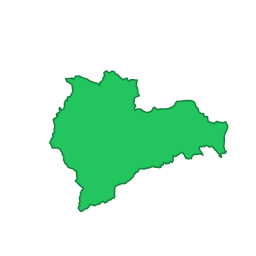 Muong La, Son La, Vietnam, rotated 147°
{"feature_id": "81297802B85331365285334", "entity_name": "Muong La", "entity_type": "district", "adm_level": 2, "iso_a3": "VNM", "parent_name": "Vietnam", "parent_adm1": "Son La", "projection": "natural_earth1", "projection_center": [104.061, 21.526], "detail": "fine", "context": "isolated", "style": "filled", "palette": "green", "viewbox_px": 256, "rotation_deg": 147, "n_neighbors": 0, "source": "geoboundaries", "source_scale": "gbopen_adm2", "svg_char_len": 5778}
<svg xmlns="http://www.w3.org/2000/svg" viewBox="0 0 256 256"><g transform="rotate(147 128 128)"><path d="M201.5,158.3L201.3,158.2L201.2,157.8L201.7,156.0L201.7,154.9L202.3,153.6L202.2,152.7L201.6,151.7L200.3,151.5L199.9,151.3L199.3,150.6L198.0,149.7L197.7,148.9L197.1,148.2L196.6,146.8L196.6,146.1L196.9,145.2L196.8,144.5L196.8,142.3L197.6,141.6L197.5,141.0L197.1,140.1L197.1,139.8L197.7,138.7L199.6,136.1L199.5,134.3L200.1,133.5L200.1,133.3L199.7,131.7L199.4,129.8L199.7,128.3L198.5,126.0L196.5,124.0L196.0,122.1L195.6,121.5L195.5,120.4L194.8,119.5L194.8,119.2L195.9,118.1L196.4,117.1L196.4,116.4L197.0,116.0L197.5,115.1L197.9,113.8L198.3,113.2L199.2,112.7L201.0,112.3L200.3,109.8L200.4,108.8L199.7,107.0L199.6,106.0L199.0,103.7L198.0,102.7L198.0,102.3L198.7,101.4L201.2,100.8L202.8,99.4L203.3,99.4L204.3,97.5L205.8,96.7L207.1,95.4L208.1,92.7L208.5,92.3L209.1,92.2L209.7,91.8L210.0,91.4L210.5,89.3L211.6,89.3L212.0,89.1L213.3,87.9L213.4,87.2L213.1,84.1L212.6,83.6L211.5,83.2L210.7,83.2L208.7,83.5L207.2,83.2L206.7,82.8L206.1,82.7L204.0,83.2L202.6,84.0L202.1,84.1L201.3,83.9L200.7,83.9L198.8,81.5L198.1,80.9L197.3,81.1L196.2,80.7L195.5,80.7L193.4,79.7L191.4,80.1L190.6,80.4L190.1,80.3L188.9,79.8L188.6,79.4L188.5,79.2L188.7,78.7L188.7,78.3L188.2,77.8L185.6,77.4L184.5,77.9L183.8,78.0L182.6,77.7L181.6,77.1L180.7,77.5L180.1,77.5L178.8,77.4L178.1,77.0L177.1,77.2L176.2,77.9L175.6,79.7L175.0,80.7L173.8,81.8L173.8,82.5L173.5,83.0L173.1,83.3L172.3,84.2L171.9,84.6L171.3,85.5L170.4,85.8L169.9,85.9L166.4,85.5L165.8,84.9L165.3,85.5L164.9,85.4L161.9,83.8L161.2,83.2L159.8,83.0L157.7,83.5L156.3,83.2L153.5,83.6L150.4,84.3L149.5,84.6L148.0,85.9L147.5,86.1L146.5,85.9L145.5,86.6L144.4,86.2L143.8,85.8L141.0,87.5L139.5,87.3L138.5,86.1L137.5,85.2L136.6,84.7L135.2,84.4L131.6,83.0L130.7,82.9L129.7,82.6L129.1,82.6L128.3,82.3L127.3,81.4L127.1,80.9L125.7,79.6L124.3,79.0L123.6,77.8L122.1,77.2L121.8,77.2L121.6,77.6L121.9,78.1L121.8,78.3L121.0,77.9L120.4,78.5L119.6,78.5L118.5,77.9L117.9,78.8L116.9,79.0L116.4,79.4L116.0,79.2L115.8,78.4L115.8,77.4L115.7,77.2L115.1,77.1L114.2,76.5L113.6,76.6L112.8,76.0L112.0,76.5L110.4,76.7L110.3,76.1L110.1,75.9L110.0,75.6L109.5,75.2L107.8,76.4L105.7,79.5L104.9,80.2L104.4,78.8L102.9,78.1L101.6,78.1L100.5,78.4L99.4,78.2L97.8,78.3L95.7,78.1L95.4,75.3L95.8,72.7L95.9,70.8L93.7,69.0L92.2,68.3L91.6,67.9L89.6,69.6L86.7,69.9L85.3,68.6L84.6,68.3L82.1,67.5L80.8,66.2L80.0,64.7L79.8,65.3L79.7,70.8L79.5,72.3L79.2,72.6L77.6,73.0L77.2,72.8L76.5,72.1L75.0,71.9L74.1,70.7L73.6,70.6L72.5,70.9L71.8,70.9L71.4,70.4L70.4,68.8L70.4,68.0L70.3,67.7L69.6,67.5L68.6,67.5L68.1,67.2L67.3,65.9L67.0,63.5L67.0,62.5L66.9,62.0L66.4,61.2L66.2,58.3L65.9,57.8L65.9,56.0L66.6,55.1L66.6,54.4L66.1,53.1L65.8,52.8L65.6,52.7L65.2,53.2L64.8,54.8L64.4,55.4L63.9,55.8L63.4,55.8L60.5,54.0L59.9,54.0L59.2,54.2L58.4,55.0L59.0,55.9L59.2,56.6L58.1,59.2L57.8,60.5L57.0,61.2L55.0,63.9L54.0,64.9L51.7,68.8L49.8,70.4L45.0,73.3L44.2,74.0L43.2,75.9L43.0,77.6L43.1,78.6L42.6,79.9L45.6,80.8L48.3,83.2L48.6,83.4L49.1,83.4L49.3,84.5L49.6,84.8L50.3,85.3L51.5,85.0L52.3,84.9L52.9,85.0L53.6,85.4L54.1,86.1L54.8,86.5L55.6,87.9L56.5,88.6L56.9,89.2L57.0,90.3L56.1,92.5L55.2,93.8L55.4,94.4L55.9,95.0L57.0,95.3L57.7,95.7L57.8,95.9L57.9,96.1L57.6,97.2L56.8,98.8L56.8,99.0L58.6,99.8L59.1,100.5L59.2,101.5L59.8,103.0L59.7,104.0L58.9,105.4L58.7,106.3L59.0,107.2L59.3,109.5L58.5,111.7L58.4,113.3L58.5,114.1L58.8,114.7L60.3,116.7L62.6,118.3L65.2,119.9L67.0,120.8L68.9,121.5L72.3,123.6L73.2,123.5L74.5,123.0L76.7,121.7L77.4,121.5L79.7,121.5L82.6,122.0L84.0,122.5L87.4,124.2L90.5,126.4L91.8,126.7L92.8,127.2L93.5,128.1L94.5,130.7L94.9,131.2L95.5,131.3L97.7,129.8L98.6,129.6L101.4,129.7L103.1,130.4L104.5,131.5L106.0,134.1L106.5,134.6L106.6,136.1L106.9,136.8L109.7,138.8L111.3,139.0L112.5,138.8L112.6,139.7L112.0,140.7L111.2,141.6L109.6,142.3L109.4,143.3L109.9,145.5L109.8,145.9L109.0,146.8L108.1,147.0L107.7,148.0L107.0,148.9L105.9,149.6L104.9,149.7L102.8,149.4L101.6,148.9L101.1,148.9L100.9,149.2L100.8,149.9L101.0,151.3L100.7,151.7L100.2,153.1L98.8,155.1L98.7,155.3L98.8,156.1L98.1,156.9L98.1,157.3L98.6,158.1L98.6,158.3L94.3,163.2L95.7,164.1L96.5,165.0L97.6,165.8L99.7,167.1L100.6,167.1L101.2,166.7L101.7,166.6L102.1,167.1L102.3,168.1L102.0,169.1L101.6,169.9L101.7,170.3L103.2,170.9L105.8,171.0L106.3,173.1L107.2,175.1L107.2,176.3L107.7,177.5L107.6,178.5L108.0,179.0L108.7,179.4L109.2,180.9L108.7,182.1L109.6,183.6L110.4,184.3L112.3,184.4L113.6,184.6L114.0,185.0L114.7,186.2L114.7,187.6L117.8,187.6L118.5,186.6L119.4,184.2L120.3,184.1L121.2,183.7L123.5,181.8L124.9,181.3L125.2,181.6L125.4,181.4L127.2,181.2L128.0,179.2L129.0,179.9L129.0,180.4L128.9,181.1L129.5,182.4L131.2,183.8L132.9,186.3L133.6,187.1L134.4,188.2L135.6,191.1L136.4,192.2L138.1,194.0L139.3,195.7L139.9,197.2L140.5,198.0L142.9,199.6L143.6,199.8L144.9,199.6L147.3,198.4L147.7,199.2L147.8,200.5L148.9,200.6L150.7,201.8L151.5,202.1L153.3,203.3L153.4,203.2L153.6,202.4L153.9,200.2L153.8,199.7L152.9,198.3L151.8,196.2L151.5,194.6L154.0,189.3L155.1,188.0L156.2,187.7L159.2,185.8L161.2,186.7L162.0,186.7L163.9,184.2L164.1,184.1L164.5,185.1L165.7,184.8L167.1,183.9L168.3,182.8L169.1,181.1L170.9,179.4L172.2,178.9L172.4,179.0L173.9,179.3L174.0,179.4L173.9,181.9L174.4,182.2L174.5,181.9L175.0,181.6L175.3,181.0L175.6,180.9L175.8,180.5L175.7,179.9L175.9,179.2L176.5,178.6L177.1,178.5L178.3,178.8L179.9,178.8L180.3,178.6L180.9,178.0L180.9,177.7L179.9,177.4L179.9,176.8L180.3,176.5L181.3,176.4L181.9,176.0L182.4,176.1L183.1,175.7L184.1,175.9L184.7,175.8L185.4,176.2L185.7,175.7L186.1,175.6L186.5,175.2L186.4,173.7L186.9,173.3L188.1,169.9L189.5,168.2L190.7,167.0L191.1,165.8L192.6,164.5L193.0,163.8L193.8,164.2L194.4,164.1L194.8,163.6L195.1,162.3L195.5,161.6L196.3,161.1L197.8,160.9L199.4,159.6L201.5,158.3Z" fill="#22c55e" stroke="#15803d" stroke-width="1.5"/></g></svg>